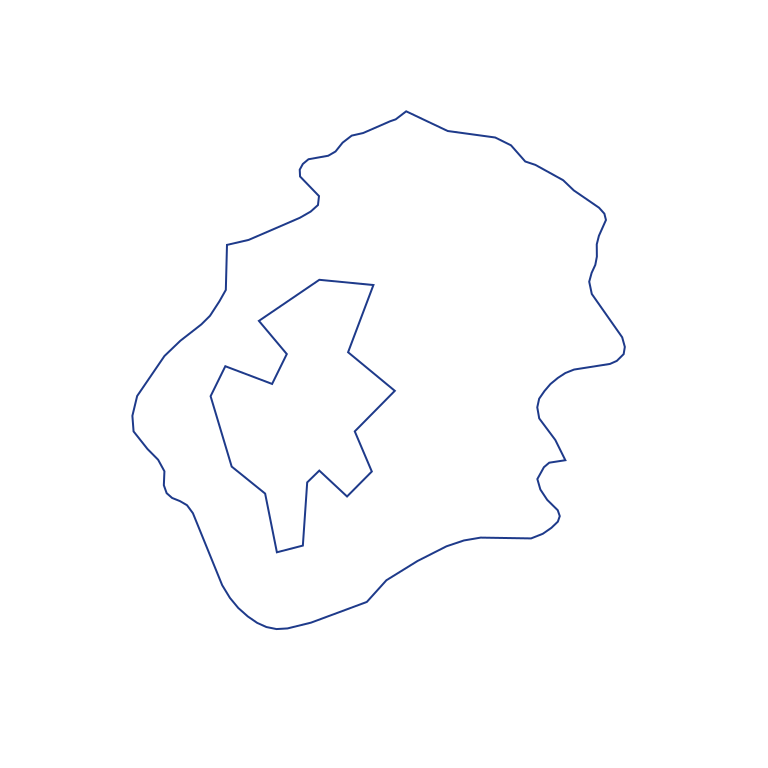 an SVG outline of Ilfov, rotated 26°
{"feature_id": "ROU-4844", "entity_name": "Ilfov", "entity_type": "County", "adm_level": 1, "iso_a3": "ROU", "parent_name": "Romania", "parent_adm1": "", "projection": "orthographic", "projection_center": [26.174, 44.513], "detail": "fine", "context": "isolated", "style": "outline", "palette": "blue", "viewbox_px": 768, "rotation_deg": 26, "n_neighbors": 0, "source": "natural_earth", "source_scale": "10m", "svg_char_len": 1534}
<svg xmlns="http://www.w3.org/2000/svg" viewBox="0 0 768 768"><g transform="rotate(26 384 384)"><path d="M181.9,327.8L199.2,313.8L235.5,271.5L242.5,261.2L246.2,252.1L243.2,243.6L217.6,234.3L214.3,228.3L214.6,221.8L217.6,215.1L233.8,203.3L238.5,196.3L241.0,185.2L246.1,174.9L255.2,167.6L274.3,145.2L278.5,141.0L284.4,129.2L330.3,128.7L375.9,113.7L393.5,113.8L413.4,122.1L424.0,120.7L455.7,122.3L469.7,126.8L500.0,131.3L507.4,134.3L511.6,139.3L512.2,156.6L514.0,165.2L519.5,176.2L521.7,184.3L521.9,193.1L523.6,202.1L531.3,212.0L577.6,237.6L584.2,245.1L586.3,252.1L583.1,261.2L578.3,266.9L548.5,287.7L542.2,294.6L537.6,302.3L533.6,311.1L531.3,320.0L529.9,329.2L532.0,337.8L538.6,346.9L562.5,359.2L580.4,373.0L567.0,382.3L564.2,388.7L563.5,402.2L570.8,410.3L581.5,416.6L595.5,421.3L599.9,425.7L600.6,431.5L597.5,439.9L592.4,449.0L583.9,458.3L538.2,479.7L524.4,489.6L511.3,502.5L491.7,528.4L472.2,559.3L464.1,587.4L423.0,630.5L404.4,646.0L394.8,651.4L384.8,654.0L374.7,654.3L363.4,652.6L351.2,649.2L339.3,643.8L326.8,635.8L268.9,583.9L260.1,579.3L251.9,578.7L243.5,579.3L236.5,577.4L230.5,571.5L224.9,558.7L214.2,551.1L199.9,546.1L179.7,536.4L171.8,522.9L167.4,503.0L174.4,455.1L182.0,434.4L193.7,410.5L197.7,399.0L199.8,382.0L200.6,368.8L181.9,327.8ZM400.1,501.3L411.4,468.0L378.5,439.4L396.7,385.4L337.8,371.2L331.1,299.7L280.2,318.7L243.9,382.1L283.5,399.7L283.4,433.0L233.6,437.6L233.5,471.0L283.3,525.0L325.2,534.6L361.5,582.2L381.9,564.8L358.1,506.1L363.8,490.2L400.1,501.3Z" fill="none" stroke="#1e3a8a" stroke-width="2"/></g></svg>